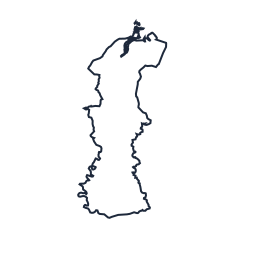 outline of Kambia, Northern, Sierra Leone, rotated 135°
{"feature_id": "65957751B7874629800584", "entity_name": "Kambia", "entity_type": "district", "adm_level": 2, "iso_a3": "SLE", "parent_name": "Sierra Leone", "parent_adm1": "Northern", "projection": "mercator", "projection_center": [-13.013, 9.222], "detail": "fine", "context": "isolated", "style": "outline", "palette": "slate", "viewbox_px": 256, "rotation_deg": 135, "n_neighbors": 0, "source": "geoboundaries", "source_scale": "gbopen_adm2", "svg_char_len": 5861}
<svg xmlns="http://www.w3.org/2000/svg" viewBox="0 0 256 256"><g transform="rotate(135 128 128)"><path d="M202.1,122.4L201.4,118.9L201.6,118.2L203.2,116.2L202.7,113.5L202.8,112.0L203.5,110.9L204.3,110.8L204.6,112.8L205.8,113.5L206.9,115.5L208.3,116.3L209.4,116.3L210.6,115.9L211.2,114.6L210.5,113.3L208.2,111.9L207.1,110.8L206.5,109.5L206.4,107.6L208.2,106.2L209.0,103.9L209.8,102.5L211.0,101.5L212.1,102.3L212.4,103.6L212.8,104.0L214.0,104.0L215.1,103.3L214.4,101.4L213.2,99.4L213.3,97.9L214.4,95.0L213.5,93.5L212.2,92.5L210.3,92.1L208.7,92.4L207.9,91.3L209.1,88.8L208.8,87.3L205.8,83.7L205.4,78.9L204.5,77.5L202.4,76.7L196.4,73.5L189.8,67.7L187.4,66.0L183.3,64.1L181.9,61.6L181.2,60.9L180.4,60.8L179.2,61.0L177.6,60.5L176.9,59.9L175.7,59.8L175.7,58.7L174.2,57.2L172.3,57.3L169.6,55.8L168.7,56.4L168.6,58.4L167.8,59.1L166.8,62.8L165.8,63.5L165.7,64.2L166.8,66.7L166.2,67.2L164.6,66.7L163.1,67.5L161.7,69.2L162.0,70.0L163.1,71.0L163.7,72.4L163.5,74.0L160.9,77.6L159.6,79.9L158.9,80.5L159.4,81.6L159.1,82.2L158.4,82.5L158.9,83.0L158.4,82.5L157.7,83.2L157.6,85.6L156.9,86.7L158.1,87.7L156.4,89.0L157.3,90.9L156.4,91.4L156.4,93.2L156.3,93.4L155.7,93.0L154.7,91.5L153.5,91.7L152.3,92.7L151.8,93.5L151.7,95.0L152.2,95.9L152.1,96.8L151.4,96.7L150.6,95.8L149.9,95.6L149.3,95.4L148.8,95.8L147.7,95.9L146.1,94.8L144.4,94.7L144.0,95.8L143.1,96.9L143.1,99.7L143.8,101.3L143.5,101.6L143.5,102.4L144.0,102.8L144.6,102.9L144.8,103.4L144.6,105.2L144.0,105.8L142.1,106.4L140.0,105.6L139.6,105.8L139.6,106.3L140.1,106.6L140.2,107.6L139.0,109.8L137.4,111.0L138.0,112.9L137.2,113.8L134.8,114.2L133.3,116.4L130.7,114.7L128.7,115.8L128.3,115.6L127.6,115.6L127.0,115.9L126.2,117.7L125.8,116.8L124.7,115.5L123.7,115.0L122.9,115.9L121.7,115.7L120.3,115.0L119.0,116.4L118.8,117.0L119.2,117.5L119.5,118.5L118.6,119.1L117.2,118.9L116.5,119.4L115.0,121.3L114.7,120.2L114.0,120.3L113.7,119.7L113.1,119.3L113.7,119.3L113.8,118.7L113.3,117.8L112.5,116.9L112.0,117.0L110.8,116.1L108.7,115.6L106.5,117.4L107.3,120.0L107.3,121.5L105.9,123.5L105.4,124.9L105.9,125.1L105.4,124.9L105.0,125.8L106.3,128.4L106.1,135.2L105.8,135.6L106.4,135.9L105.8,135.6L103.4,137.2L102.5,138.4L99.8,143.2L99.9,144.5L98.2,146.6L90.2,152.0L88.4,153.7L84.5,154.2L82.5,155.2L81.1,158.0L80.7,159.4L79.7,160.2L77.9,160.3L74.2,159.9L71.6,159.9L70.5,158.1L67.1,155.2L65.1,151.3L62.0,151.7L61.1,151.4L50.2,156.2L43.8,158.4L41.2,160.8L40.9,161.3L45.5,170.5L44.8,170.3L44.1,171.6L43.8,171.6L43.4,173.0L43.6,173.9L43.3,174.4L43.3,177.9L43.5,178.3L44.3,178.7L44.9,178.5L47.4,179.3L48.6,179.2L49.6,178.7L49.9,178.3L50.2,174.5L50.8,174.4L51.2,175.6L51.1,178.2L52.7,179.0L52.7,179.4L51.9,180.4L53.8,180.0L54.0,179.7L54.0,178.3L54.7,177.1L55.0,177.3L55.3,179.4L60.2,183.8L61.6,186.0L64.2,186.8L68.2,187.0L68.9,186.8L69.8,185.9L70.9,185.3L71.9,184.1L71.9,183.9L72.8,183.2L74.9,182.3L75.8,182.2L76.3,182.6L78.5,182.5L82.3,183.2L82.1,183.8L80.9,183.9L77.8,183.1L76.4,184.3L75.1,186.0L74.3,186.4L72.2,188.9L70.6,189.8L68.8,190.0L64.9,189.1L64.7,189.2L64.9,190.0L62.3,189.7L61.2,190.0L61.0,190.3L61.4,190.8L63.8,191.5L66.8,193.2L71.0,197.2L72.9,197.8L76.3,198.4L82.5,198.1L84.2,198.7L87.6,198.7L89.4,198.1L94.3,197.3L95.4,196.7L98.4,197.2L104.8,200.2L106.6,200.0L110.5,198.9L112.4,198.8L114.1,198.1L113.9,189.7L112.2,187.9L110.7,185.7L111.8,184.9L112.6,183.6L114.3,183.2L115.6,181.7L117.1,181.0L117.3,180.1L119.9,179.6L120.7,178.8L122.6,178.8L123.4,178.5L123.4,177.3L122.7,175.8L123.0,174.8L123.5,174.3L123.5,172.6L124.5,170.7L125.7,166.5L126.9,167.1L127.8,166.9L130.4,164.5L132.8,163.6L135.5,166.7L138.5,168.9L138.5,169.7L139.2,169.7L140.3,170.7L141.1,170.9L142.2,170.8L143.3,172.2L145.2,173.0L144.8,171.1L144.0,170.3L142.8,169.7L142.6,168.3L145.5,166.0L146.8,165.4L147.2,164.7L147.9,163.4L146.6,161.2L147.9,158.1L150.2,155.9L151.4,154.0L151.8,152.5L153.6,151.1L154.3,149.6L159.6,149.4L160.1,148.5L159.9,146.7L159.0,144.9L160.4,144.9L161.5,142.5L162.3,138.5L160.8,135.2L160.5,133.7L161.1,132.4L163.4,130.5L164.4,130.4L165.4,131.5L166.1,131.2L166.7,130.5L167.8,130.0L169.0,128.6L169.3,126.2L169.9,126.0L171.2,126.0L171.8,127.1L171.8,128.2L172.4,129.3L176.5,127.9L177.8,127.9L179.2,127.2L180.0,126.5L178.5,123.3L178.8,122.9L180.4,122.6L181.8,123.1L182.5,124.0L181.7,125.5L180.6,126.6L181.9,127.5L183.0,127.6L184.4,127.1L184.8,124.4L185.3,123.2L187.1,121.4L186.4,118.8L187.1,118.6L187.9,119.1L190.2,123.6L191.6,123.1L192.1,122.2L192.3,118.5L192.8,118.6L193.8,119.7L195.1,119.9L196.9,119.3L198.7,120.0L201.3,122.5L202.1,122.4ZM58.8,185.8L57.9,185.1L57.9,185.4L56.8,185.4L55.4,186.1L55.1,185.6L54.7,186.5L54.7,185.8L53.9,187.2L53.6,187.4L53.7,188.6L55.3,190.3L56.1,190.8L55.3,190.9L54.9,190.7L54.9,191.4L54.5,191.5L54.9,191.7L56.9,191.0L57.2,190.5L61.4,189.0L61.4,188.2L59.8,187.4L58.8,185.8ZM71.0,188.8L72.0,188.5L73.1,186.8L75.5,184.9L76.3,183.4L74.3,183.6L72.8,184.3L71.8,186.7L70.5,188.4L71.0,188.8ZM50.5,189.6L49.8,189.7L49.8,189.9L50.4,189.9L49.6,190.2L49.9,190.6L49.7,190.9L50.1,191.3L49.9,191.6L50.4,193.5L51.5,193.2L50.8,193.9L51.7,194.3L53.9,193.0L54.4,192.1L53.7,191.3L53.9,192.3L53.0,192.2L52.5,192.3L51.9,191.9L51.1,190.2L50.5,189.6ZM48.1,194.6L47.2,192.7L46.4,193.2L46.4,193.5L46.9,193.6L47.1,194.5L46.4,194.7L46.8,195.1L48.1,194.6ZM61.8,187.1L60.4,186.0L59.8,185.8L60.5,187.1L60.9,187.3L61.8,187.1ZM49.3,197.4L49.2,196.9L47.9,196.6L47.6,196.7L48.1,197.0L47.5,197.7L49.0,197.4L48.7,197.9L49.3,197.4ZM52.7,189.3L52.7,188.7L52.2,188.7L52.1,189.0L52.6,189.7L54.0,190.5L53.3,189.3L52.7,189.3ZM61.5,188.8L63.3,188.2L63.6,187.8L62.2,188.1L61.5,188.8ZM48.2,187.9L47.4,187.3L46.6,187.4L47.0,188.1L48.2,187.9ZM69.0,187.6L69.0,187.2L67.5,187.8L68.5,188.0L69.0,187.6ZM48.7,189.9L48.8,189.1L48.4,189.1L48.1,189.7L48.7,189.9ZM55.9,183.8L55.1,183.6L54.6,183.7L55.8,183.9L55.9,183.8ZM54.7,190.4L54.8,190.2L54.3,189.7L54.2,189.9L54.7,190.4ZM53.7,190.9L54.2,190.8L53.5,190.8L53.7,190.9Z" fill="none" stroke="#1e293b" stroke-width="2"/></g></svg>